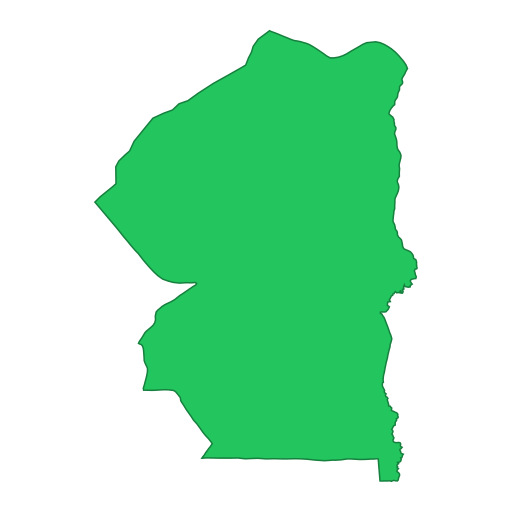 outline of Angkor Thum, Siemréab, Cambodia
{"feature_id": "14789045B45657319092410", "entity_name": "Angkor Thum", "entity_type": "district", "adm_level": 2, "iso_a3": "KHM", "parent_name": "Cambodia", "parent_adm1": "Siemréab", "projection": "mercator", "projection_center": [103.881, 13.579], "detail": "fine", "context": "isolated", "style": "filled", "palette": "green", "viewbox_px": 512, "rotation_deg": 0, "n_neighbors": 0, "source": "geoboundaries", "source_scale": "gbopen_adm2", "svg_char_len": 5939}
<svg xmlns="http://www.w3.org/2000/svg" viewBox="0 0 512 512"><path d="M94.9,202.1L116.9,228.2L123.8,236.9L127.5,241.2L129.4,243.6L131.3,245.9L135.1,250.3L138.4,253.7L140.6,256.6L143.3,260.1L146.0,263.3L149.6,267.4L153.9,272.0L158.0,275.8L162.7,279.1L168.3,281.1L173.2,282.4L179.6,283.1L186.2,282.7L191.8,282.8L194.9,282.5L196.6,283.4L195.9,284.9L193.1,286.5L190.2,288.5L188.0,290.0L185.1,292.0L182.8,293.6L180.1,295.3L176.9,297.8L175.3,299.2L173.0,300.6L170.5,302.0L168.1,303.1L164.8,304.7L162.0,306.5L160.2,308.1L157.8,310.1L156.2,311.9L155.3,316.0L155.5,319.9L154.7,322.8L153.0,325.4L150.5,327.7L148.8,329.1L146.2,331.3L144.8,332.9L143.4,335.3L141.6,338.2L139.3,341.5L138.5,343.4L139.9,344.1L141.4,344.7L142.3,345.7L143.1,347.8L143.5,349.7L143.6,351.2L143.8,353.4L144.1,357.8L144.2,360.7L145.2,363.4L146.2,365.5L147.4,368.0L147.5,370.3L147.3,372.6L146.7,375.7L146.1,378.2L145.1,382.0L144.2,385.4L143.3,388.2L143.6,390.2L146.3,390.2L150.0,390.3L153.9,390.3L160.6,389.9L165.5,389.7L169.1,389.9L171.4,390.2L173.3,390.4L174.9,391.2L176.1,392.3L178.0,394.6L180.3,397.6L180.8,400.8L181.6,402.2L182.9,404.1L184.6,406.8L186.3,409.6L188.7,413.0L191.2,416.5L193.5,420.1L197.0,424.0L199.9,428.0L202.9,432.3L205.6,435.6L208.6,438.8L211.1,442.0L212.2,443.6L211.6,444.6L210.9,445.7L210.2,446.8L208.8,448.4L207.4,450.4L205.7,452.7L204.1,455.3L202.7,456.9L201.9,458.2L206.2,457.9L213.3,458.0L218.4,458.1L223.3,458.1L231.4,458.1L238.0,458.0L245.3,458.8L251.7,458.5L257.9,458.3L266.1,458.9L274.2,458.7L282.1,458.9L287.6,458.9L294.8,458.7L300.2,458.8L306.9,459.2L315.4,460.1L324.4,460.7L329.4,460.4L332.6,460.1L335.3,460.2L341.3,459.8L347.5,458.9L351.7,459.0L359.9,459.5L365.5,459.4L370.1,459.1L374.4,459.0L377.0,458.7L378.2,459.0L378.3,460.0L380.0,481.0L382.3,481.0L384.1,481.0L385.5,480.9L386.6,481.0L387.8,480.9L389.6,480.8L391.5,481.3L392.6,480.7L394.1,480.4L395.5,480.8L397.4,480.9L398.2,480.0L398.6,477.9L399.1,476.6L399.6,475.4L399.5,474.0L398.4,472.5L396.8,471.5L397.3,469.8L398.4,468.6L397.1,467.8L397.7,466.8L396.9,465.9L397.3,464.5L398.6,463.7L397.6,462.4L398.9,462.2L399.9,461.9L400.9,460.8L401.2,459.2L400.7,457.9L401.7,457.8L402.2,456.7L402.5,455.3L403.3,454.2L401.3,453.5L400.7,452.3L400.6,451.2L399.8,450.2L400.0,449.2L401.0,448.7L402.1,447.3L400.8,446.5L400.3,445.5L400.7,444.0L400.1,442.8L398.6,442.4L397.4,442.6L396.0,442.7L393.9,442.1L393.2,441.2L392.9,439.8L393.6,439.0L393.9,437.5L393.2,436.8L392.8,435.2L391.9,434.2L392.5,432.8L393.0,431.7L392.6,430.4L391.7,429.4L392.5,428.2L393.1,426.8L393.7,425.8L395.2,425.1L395.2,424.0L395.2,422.4L395.9,421.3L396.7,420.0L396.4,418.7L398.0,417.8L398.2,416.9L397.6,415.5L397.9,414.3L396.7,412.8L395.1,412.2L393.5,411.3L392.5,411.1L391.3,410.2L391.7,409.0L391.6,407.7L390.7,407.1L390.2,406.2L388.6,405.9L388.6,404.2L387.2,399.7L387.9,398.4L387.1,397.2L385.8,396.5L385.4,395.1L386.1,393.9L385.1,393.1L384.2,391.9L384.6,390.4L383.6,388.5L382.7,386.7L382.3,385.3L382.5,382.8L383.4,382.3L383.2,381.2L383.1,379.2L383.5,375.6L384.4,371.9L385.1,367.9L386.2,362.5L387.4,358.0L387.9,355.0L389.2,349.6L390.0,346.8L390.1,344.7L390.7,343.0L391.4,340.7L391.8,338.7L390.7,334.9L389.8,332.9L388.7,329.6L387.3,325.7L386.1,322.7L385.0,319.7L384.0,317.4L382.7,315.6L381.8,314.0L380.4,313.4L380.5,312.1L381.6,312.0L384.5,312.0L386.0,311.7L388.2,309.3L389.4,306.8L388.7,306.2L387.3,305.5L387.5,304.0L387.7,302.0L390.3,301.6L389.3,299.8L390.1,298.7L390.8,297.2L391.3,296.0L392.7,295.3L392.8,294.1L394.1,293.6L394.5,292.7L395.4,291.6L396.6,292.8L398.3,292.6L400.2,292.8L399.9,291.3L400.9,290.8L401.2,293.1L402.5,293.1L403.1,291.8L402.6,289.3L403.9,289.0L403.5,287.3L404.3,285.0L404.8,286.5L408.2,287.2L410.2,286.9L410.3,285.5L412.2,284.1L411.3,283.0L410.4,281.5L410.3,280.6L411.5,279.2L412.5,279.1L414.6,278.6L415.8,278.6L416.3,276.8L415.4,274.7L415.0,272.7L414.4,270.9L415.1,269.1L416.6,268.9L417.1,268.0L416.7,266.3L416.5,263.8L416.6,262.1L415.8,259.6L413.7,258.5L413.4,256.8L413.0,255.1L411.4,252.8L410.0,251.5L408.5,250.8L406.5,250.0L403.9,248.8L402.7,246.6L402.4,244.2L401.9,241.9L401.5,240.1L400.5,238.8L398.7,237.2L397.5,235.0L397.3,232.2L396.7,230.8L395.9,229.9L395.4,229.1L395.2,227.3L394.6,224.7L393.8,223.1L393.1,221.8L393.0,220.1L393.1,219.0L393.4,216.0L393.8,213.0L393.9,211.1L394.7,208.8L394.7,206.7L394.7,204.9L394.9,202.8L394.9,199.7L395.2,198.1L396.4,195.5L397.1,193.9L398.0,191.8L398.5,190.0L398.9,187.3L398.5,184.9L397.2,181.7L397.6,179.4L398.5,177.8L399.4,176.2L399.3,174.5L399.3,173.0L399.4,170.9L399.5,169.9L399.6,168.7L399.4,167.4L399.1,165.7L399.4,163.4L400.3,159.8L400.8,157.9L401.0,155.5L400.4,153.6L399.5,151.7L398.3,150.2L397.5,148.6L397.0,146.0L396.9,143.5L396.8,141.6L396.4,139.3L395.8,137.4L395.0,135.2L394.5,133.7L395.1,131.0L395.9,129.4L395.8,127.3L394.8,126.0L394.4,124.8L394.5,123.7L394.2,122.3L393.9,121.3L394.0,119.6L393.5,118.6L392.8,117.2L391.5,116.1L390.6,115.4L388.9,113.8L389.4,111.7L390.2,109.9L391.3,108.2L393.3,105.8L394.7,104.7L394.7,103.4L394.8,101.4L395.5,99.9L396.4,98.7L397.4,97.1L397.6,95.8L397.9,93.5L398.6,91.7L399.5,89.8L399.5,87.4L399.9,86.1L400.7,85.4L402.4,83.6L402.7,82.2L402.3,80.8L401.9,79.4L402.2,78.3L402.8,77.1L403.9,75.4L404.9,73.6L405.6,71.9L406.8,69.6L407.5,68.7L406.1,65.1L403.4,61.1L400.5,57.7L398.6,55.5L395.2,52.0L391.2,48.7L387.7,46.4L384.2,44.4L380.1,42.7L375.8,41.8L370.6,42.3L366.6,42.7L362.7,44.4L359.9,46.1L355.9,48.4L351.8,50.7L346.6,53.9L342.4,55.9L338.3,57.2L333.7,57.9L330.2,57.9L326.7,56.0L323.3,53.5L319.8,51.1L316.4,48.8L312.4,46.3L309.4,44.6L306.5,43.4L303.6,42.6L299.9,41.5L296.6,40.9L294.0,40.5L290.2,39.1L288.1,38.2L285.1,37.0L282.6,36.0L277.9,34.0L274.5,32.7L271.1,31.5L269.5,30.7L267.2,32.5L258.3,39.1L253.2,46.3L251.5,52.1L248.5,57.9L245.7,65.1L240.1,68.4L227.2,75.7L213.7,83.2L198.1,93.3L187.9,100.7L179.0,103.8L172.5,110.0L163.7,113.2L152.9,118.2L144.8,128.1L134.1,141.3L129.6,151.0L124.9,155.1L118.9,160.9L115.8,166.7L116.0,183.7L112.9,186.5L100.2,196.8L94.9,202.1Z" fill="#22c55e" stroke="#15803d" stroke-width="1.5"/></svg>